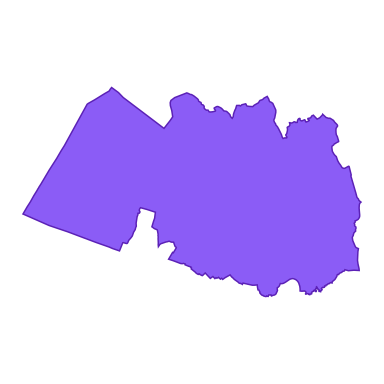 the district of Mueang Chachoengsao, Chachoengsao, Thailand
{"feature_id": "78962969B6762325431778", "entity_name": "Mueang Chachoengsao", "entity_type": "district", "adm_level": 2, "iso_a3": "THA", "parent_name": "Thailand", "parent_adm1": "Chachoengsao", "projection": "orthographic", "projection_center": [101.042, 13.718], "detail": "fine", "context": "isolated", "style": "filled", "palette": "violet", "viewbox_px": 384, "rotation_deg": 0, "n_neighbors": 0, "source": "geoboundaries", "source_scale": "gbopen_adm2", "svg_char_len": 6069}
<svg xmlns="http://www.w3.org/2000/svg" viewBox="0 0 384 384"><path d="M359.2,270.5L359.0,268.4L358.0,264.0L357.5,260.4L357.9,251.7L358.4,248.6L356.1,247.6L355.3,246.6L352.8,240.7L352.3,237.7L352.4,237.1L353.3,235.4L353.4,234.3L353.6,234.1L353.9,232.9L355.7,231.0L355.4,230.0L356.0,228.2L355.9,227.0L355.0,226.2L354.6,225.6L354.7,224.4L354.2,223.2L355.2,222.1L355.1,220.9L356.5,220.4L358.2,219.3L359.1,218.0L359.6,216.8L359.7,215.1L359.1,208.0L359.3,204.9L359.7,203.4L361.0,202.1L359.0,200.5L358.4,199.0L357.2,197.7L356.9,197.1L355.8,192.9L351.0,176.4L350.9,175.7L351.2,175.2L351.2,174.9L349.1,166.5L348.8,166.3L348.4,166.3L344.8,168.3L343.5,168.3L342.2,167.7L341.8,167.2L340.6,165.2L338.9,162.9L337.6,160.5L336.3,156.6L334.9,155.3L333.8,153.9L332.4,151.4L331.9,148.0L331.9,146.8L332.0,146.2L333.6,145.0L334.4,143.8L335.4,143.5L336.4,142.7L338.5,141.7L338.7,141.3L337.3,136.5L336.3,134.7L336.0,132.6L335.9,130.2L336.1,128.3L337.6,126.0L337.4,125.1L336.8,124.3L334.7,122.2L333.5,120.4L330.2,118.3L329.2,118.2L328.5,118.3L326.5,117.6L326.2,117.6L322.7,114.3L322.6,114.7L321.8,115.6L319.7,117.8L317.1,119.1L313.4,115.2L313.1,115.4L312.2,115.6L311.5,116.3L310.7,117.8L307.9,118.5L307.8,119.0L309.1,120.1L309.2,120.5L307.9,121.4L307.1,121.6L306.2,122.0L305.8,121.9L304.8,119.8L304.4,119.8L301.9,120.9L301.3,120.8L300.6,120.5L300.1,120.0L300.0,119.6L300.1,118.9L299.9,118.5L299.3,118.4L298.6,118.8L298.0,119.5L297.4,121.1L297.2,122.4L295.7,122.5L295.0,121.9L294.5,121.8L293.8,121.9L292.7,122.7L291.0,123.1L290.8,123.1L290.2,122.7L289.5,122.7L289.9,124.5L289.8,125.3L288.9,126.4L287.6,127.0L287.2,127.4L287.5,129.4L287.4,130.6L286.7,133.7L285.9,134.6L285.8,135.1L286.1,135.8L286.8,136.8L286.8,137.7L286.4,137.9L284.7,137.9L283.1,138.5L282.2,137.1L281.4,134.5L278.7,129.0L277.4,126.7L275.8,124.9L275.6,123.9L274.5,122.3L273.9,120.6L273.8,120.0L274.7,118.0L275.8,112.4L275.8,110.3L275.7,109.8L272.8,103.4L271.3,102.3L270.1,101.9L269.8,101.6L269.2,100.8L268.8,99.2L267.2,96.4L263.9,98.2L262.9,99.3L261.5,100.0L260.2,100.3L259.6,100.9L258.4,102.8L254.2,105.2L252.8,106.6L249.5,106.4L247.2,106.1L246.6,105.6L246.0,104.1L245.6,103.8L242.0,104.7L241.5,105.0L240.6,105.9L240.3,105.9L239.1,105.3L238.2,105.5L236.8,105.4L236.5,105.8L235.7,108.6L234.8,110.4L233.9,112.9L233.5,114.2L233.2,116.7L232.2,118.3L230.6,116.7L229.9,114.6L227.2,111.9L226.3,111.3L223.9,110.9L222.1,108.9L220.9,107.9L218.2,106.6L217.3,106.5L216.4,106.7L214.2,108.0L214.2,108.7L215.4,110.2L215.5,110.8L215.1,111.2L212.5,111.8L210.4,112.0L209.1,111.8L208.0,110.1L206.4,110.2L204.5,108.7L204.1,107.9L204.2,106.5L203.9,105.8L203.2,105.0L202.0,104.6L201.4,104.2L201.0,102.5L199.0,101.5L198.6,101.0L198.4,100.0L197.6,98.9L194.1,96.1L191.8,94.7L191.2,94.5L190.1,94.4L188.7,93.6L186.8,92.9L174.7,97.6L171.0,100.4L170.8,100.8L170.2,102.7L170.4,105.7L171.8,110.7L172.7,116.8L170.4,120.2L164.0,128.4L123.2,97.5L118.5,92.6L111.6,87.5L110.1,89.4L109.4,90.7L108.7,91.3L104.5,93.7L94.5,99.9L88.1,103.5L87.1,104.3L64.4,145.6L61.0,151.0L56.7,158.4L49.2,170.1L40.9,184.1L38.9,187.2L38.3,188.4L37.6,189.3L37.4,189.9L33.8,195.7L30.4,201.8L27.0,207.1L23.0,214.0L49.1,225.5L68.0,231.9L96.2,242.5L109.3,247.1L112.5,248.5L119.5,250.9L122.8,242.7L123.3,242.6L126.3,243.5L127.2,243.4L127.8,242.6L128.7,240.4L130.9,237.9L132.3,236.0L133.6,232.2L135.2,229.6L135.7,227.5L136.3,226.2L136.1,223.2L137.1,216.8L137.9,214.7L137.9,213.3L139.4,213.1L139.9,212.2L139.9,211.5L139.3,210.6L139.3,209.9L139.7,208.8L140.5,207.7L147.1,209.5L155.4,212.2L154.6,218.3L153.6,221.1L151.9,226.8L152.4,227.1L154.3,228.6L157.0,229.7L157.4,230.3L158.1,234.2L158.0,235.6L158.2,236.8L158.1,238.6L158.3,243.1L158.2,244.8L158.4,246.6L159.8,244.5L160.7,243.8L165.9,242.0L167.1,241.8L169.1,241.2L171.3,242.1L173.6,242.2L174.9,246.1L175.3,246.7L175.9,247.0L176.3,247.8L173.3,252.8L172.6,252.4L168.6,259.2L173.2,260.7L180.6,263.5L182.2,263.7L183.5,263.4L185.2,264.0L185.1,264.8L188.5,266.2L190.8,266.9L190.7,267.3L191.5,268.0L191.2,268.9L195.2,272.1L196.3,273.3L198.2,274.4L198.5,274.4L199.0,273.7L199.5,273.9L199.4,274.2L199.7,274.4L202.1,275.6L202.5,275.6L205.2,273.0L210.3,278.4L212.9,276.5L214.9,278.6L216.0,277.7L216.8,278.2L217.2,277.8L217.8,277.9L218.5,277.3L220.4,279.1L221.7,278.3L222.7,279.4L225.2,277.6L230.1,274.9L231.8,277.1L232.2,277.2L234.3,279.4L238.1,282.1L238.9,283.0L240.3,283.5L240.7,283.3L242.4,284.4L243.0,283.1L252.3,285.2L254.1,285.2L257.2,284.9L257.5,287.4L258.0,289.9L258.8,290.0L259.9,292.1L259.8,292.8L260.1,293.3L261.4,294.7L262.3,295.4L263.0,295.4L263.6,296.0L264.2,296.1L265.2,296.5L266.2,296.5L266.7,296.0L267.0,296.3L268.2,296.4L268.4,295.6L268.9,294.9L270.1,295.0L270.9,294.8L271.4,295.9L271.8,295.6L272.3,295.7L273.0,295.3L274.5,295.0L275.3,294.5L276.0,293.9L276.5,292.7L276.5,292.3L276.9,292.0L277.5,290.3L277.2,289.1L277.3,287.7L278.2,287.2L279.4,285.9L280.3,283.5L281.8,283.7L283.5,283.3L285.5,282.2L289.6,279.4L290.6,279.0L292.2,278.6L293.5,278.7L295.1,279.3L296.2,279.9L297.6,281.2L298.7,282.9L299.8,286.3L300.1,288.8L300.1,291.0L301.8,291.2L304.7,291.0L305.7,291.7L305.9,292.1L306.0,293.1L305.5,293.8L305.6,294.1L306.6,294.0L307.2,293.7L307.7,293.7L308.5,293.9L308.7,294.4L309.8,294.7L310.1,294.0L311.0,294.1L311.7,293.7L311.5,292.9L311.9,292.6L312.0,291.9L312.7,291.5L313.5,291.3L313.7,290.5L314.7,290.0L315.1,290.3L315.3,290.7L315.3,291.4L315.8,291.6L316.2,291.5L316.4,290.9L315.5,289.1L315.7,288.7L316.4,288.4L316.3,287.1L316.5,286.8L317.1,287.3L317.4,288.4L318.0,288.9L318.0,289.5L319.2,290.0L319.3,290.5L318.9,291.1L319.1,291.4L319.8,291.3L320.3,291.7L320.7,291.7L320.9,290.6L321.7,290.2L322.1,289.6L322.0,289.3L321.4,288.7L322.0,287.8L322.5,287.4L323.6,287.5L324.4,287.2L324.6,286.9L324.5,286.1L324.7,285.9L325.8,285.9L326.0,285.7L326.2,284.9L327.2,284.8L327.6,284.1L328.2,284.0L328.5,283.6L329.5,283.6L330.3,282.6L330.6,282.6L331.6,282.9L332.2,282.9L332.1,282.1L332.2,281.7L334.9,279.5L336.8,276.4L337.1,275.1L337.4,274.6L337.9,274.4L338.6,274.6L339.4,273.4L340.1,273.0L341.7,272.4L342.6,271.4L344.3,271.0L344.6,270.7L344.9,269.7L348.4,270.7L354.0,270.2L359.2,270.5Z" fill="#8b5cf6" stroke="#5b21b6" stroke-width="1.5"/></svg>